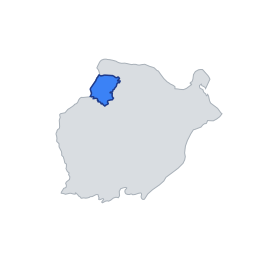 Suceava highlighted on a map of Romania, rotated 311°
{"feature_id": "ROU-311", "entity_name": "Suceava", "entity_type": "County", "adm_level": 1, "iso_a3": "ROU", "parent_name": "Romania", "parent_adm1": "", "projection": "albers", "projection_center": [25.683, 47.513], "detail": "fine", "context": "in_parent", "style": "filled", "palette": "blue", "viewbox_px": 256, "rotation_deg": 311, "n_neighbors": 0, "source": "natural_earth", "source_scale": "10m", "svg_char_len": 5131}
<svg xmlns="http://www.w3.org/2000/svg" viewBox="0 0 256 256"><g transform="rotate(311 128 128)"><path d="M191.2,141.8L193.4,144.7L196.1,146.1L202.3,147.5L202.8,147.3L202.9,147.0L202.4,146.6L202.4,146.1L202.6,145.4L203.5,145.3L204.9,145.9L207.5,144.9L211.3,142.4L214.8,141.8L218.1,143.0L219.9,144.5L221.0,145.9L220.8,147.8L220.6,149.0L220.0,153.9L219.5,155.7L218.6,157.8L208.6,160.7L209.2,159.5L208.9,157.5L208.4,156.0L209.2,154.5L206.9,154.1L206.0,154.9L205.3,156.3L206.1,159.3L205.0,161.1L204.6,162.0L204.7,164.3L204.1,165.2L204.0,166.3L205.6,166.0L204.9,167.9L202.0,171.8L201.0,174.0L201.6,182.8L200.4,188.0L200.4,189.6L197.1,189.8L196.1,189.7L192.9,189.0L189.4,187.7L187.3,185.1L185.9,183.2L183.0,184.1L182.4,183.9L181.6,183.0L179.3,182.4L176.6,182.5L170.3,179.1L169.6,178.5L164.8,179.2L157.6,181.0L152.0,183.2L146.3,187.1L144.0,190.0L141.3,191.6L137.4,192.7L130.5,192.2L123.4,190.7L115.7,189.0L111.5,189.8L105.9,189.1L97.5,187.0L91.2,186.2L85.0,187.1L83.9,186.2L83.7,185.3L84.0,183.9L84.9,182.8L86.5,182.0L87.3,181.2L87.4,180.3L85.8,178.9L82.4,176.9L81.0,175.6L80.7,175.3L80.6,174.2L80.0,173.4L78.7,172.7L77.7,171.5L77.0,169.9L77.2,168.4L78.3,167.0L79.7,166.4L81.3,166.7L82.0,166.3L81.7,165.3L80.2,164.0L77.4,162.3L74.4,163.0L71.3,166.1L69.1,166.5L67.8,164.3L65.5,162.9L62.2,162.3L60.1,161.4L59.4,160.1L58.0,159.0L54.8,157.8L54.8,156.8L55.4,156.6L56.5,156.6L58.1,156.5L58.3,155.9L58.4,155.4L57.2,154.7L56.0,154.2L55.4,153.7L55.0,153.2L54.9,152.7L55.3,152.3L55.8,152.3L56.3,152.1L56.7,150.9L57.4,150.0L57.9,149.6L57.9,148.9L57.4,148.2L56.8,147.6L55.8,147.2L52.8,146.0L51.3,144.5L50.4,144.4L48.9,143.5L47.4,142.2L46.1,140.3L44.6,139.1L44.3,138.6L44.3,138.2L44.6,137.7L44.6,137.2L44.3,135.4L44.7,133.6L44.7,131.9L44.8,131.2L44.5,130.9L44.2,131.2L43.8,131.5L43.4,131.5L42.4,130.2L41.2,127.6L40.3,126.7L38.5,125.4L37.0,124.3L36.1,122.1L35.0,120.4L35.8,119.8L40.3,119.1L42.3,120.2L43.2,119.9L44.2,119.2L44.7,118.6L44.9,118.0L45.4,117.2L46.9,116.9L50.8,117.6L52.4,116.6L53.1,116.0L53.5,114.7L54.0,113.6L55.4,113.1L55.5,112.1L55.3,111.0L56.3,108.7L56.8,107.7L57.6,107.4L58.6,106.7L60.4,105.2L60.1,103.8L60.5,102.8L62.3,100.4L63.8,98.0L63.8,96.8L64.0,95.8L65.3,94.7L66.6,93.2L68.4,88.6L69.0,87.9L70.1,87.0L70.9,86.2L71.1,83.1L71.9,82.3L73.4,81.3L74.8,79.8L76.0,77.9L77.0,77.1L78.1,76.9L79.4,76.2L80.8,76.0L82.1,76.4L83.0,76.3L84.3,75.4L87.8,72.0L88.3,71.4L89.0,70.9L91.7,69.8L92.4,68.6L93.4,67.6L94.5,67.7L98.3,70.5L102.5,70.4L103.2,70.6L103.5,70.6L104.0,70.9L109.5,72.3L110.3,72.2L110.6,72.1L112.8,73.2L114.8,73.1L116.6,72.4L118.6,72.2L120.4,72.6L121.7,74.2L125.2,77.5L126.2,78.7L127.9,78.6L129.7,78.0L131.5,75.8L137.1,73.3L141.3,72.7L145.5,71.7L150.3,71.0L151.6,69.0L152.4,67.6L152.9,65.1L155.5,64.3L157.9,63.7L158.8,63.4L160.5,63.3L161.9,63.5L164.1,64.7L165.6,66.3L166.2,67.5L167.5,69.3L168.9,71.7L170.5,75.0L170.8,76.7L171.4,78.5L172.6,80.7L174.8,83.0L175.1,83.5L176.1,85.2L178.1,89.0L179.7,90.4L181.1,92.1L181.8,93.7L182.8,95.2L185.2,97.1L187.1,98.9L188.8,104.1L189.9,106.5L190.6,108.3L190.4,112.1L190.9,113.6L190.1,116.6L188.8,122.5L188.5,127.2L188.9,129.7L189.0,131.3L189.4,132.4L189.9,134.5L190.0,136.3L189.4,136.9L188.7,137.3L188.4,137.7L189.1,138.6L190.2,140.1L191.2,141.8Z" fill="#d9dde1" stroke="#a8b0b8" stroke-width="1"/><path d="M146.5,71.8L147.7,71.5L149.1,71.4L149.4,73.1L149.6,73.5L149.9,73.7L150.4,74.0L151.1,74.7L152.1,75.2L152.6,75.7L154.7,78.4L155.1,79.0L156.4,80.6L156.6,81.0L157.2,81.6L157.4,82.0L157.6,82.6L157.9,84.0L157.9,84.4L157.9,84.8L157.9,85.1L157.9,85.4L158.1,85.7L158.5,86.4L158.8,86.6L159.0,86.8L159.8,86.9L160.1,87.3L160.1,87.5L160.1,87.8L159.9,88.3L159.9,88.7L159.8,89.0L159.6,89.1L159.2,89.2L157.2,89.0L156.9,89.1L156.8,89.3L157.0,89.8L158.2,90.9L158.3,91.1L158.2,91.3L156.5,91.8L155.8,91.0L155.5,90.8L155.2,90.7L154.8,90.6L154.4,90.6L154.0,90.7L152.2,91.6L151.5,91.8L149.4,91.8L148.4,92.1L148.0,92.1L147.7,92.0L147.5,91.8L147.2,91.7L146.9,91.7L145.5,92.4L145.2,92.5L144.9,92.4L144.7,92.3L143.8,91.4L143.6,91.3L143.3,91.2L143.1,91.2L143.0,91.3L142.9,91.4L143.0,91.6L143.3,92.1L143.7,92.5L143.8,92.7L143.9,92.9L143.8,93.2L143.7,93.5L143.4,93.8L142.6,94.2L142.3,94.5L141.5,95.5L141.2,96.0L141.0,96.8L141.0,97.4L140.0,97.5L139.7,97.6L139.3,97.7L139.0,97.6L138.7,97.4L138.5,97.2L138.3,96.9L138.1,96.7L135.9,95.2L135.6,95.1L135.3,95.0L134.8,95.1L134.4,95.3L134.1,95.5L133.9,95.8L133.9,96.1L133.8,96.4L133.8,96.6L133.7,96.8L133.5,97.0L133.3,97.1L133.0,97.1L132.7,97.1L132.0,96.8L131.2,96.4L129.4,96.1L129.3,94.1L129.5,93.3L129.5,93.0L129.6,92.5L129.6,92.4L129.3,92.3L129.1,92.3L128.9,92.3L128.7,92.0L128.7,91.7L128.9,91.3L129.1,90.9L129.3,90.4L129.3,90.1L129.2,89.8L128.9,89.3L128.8,89.1L128.4,88.6L128.3,88.3L128.2,88.1L128.3,87.9L128.5,87.8L128.8,87.8L129.0,87.8L129.1,87.7L129.2,87.4L129.1,87.1L128.9,86.8L128.9,86.7L129.1,86.6L129.3,86.5L129.6,86.3L129.8,86.1L129.9,85.7L129.9,85.4L129.8,85.1L129.6,84.6L129.1,84.0L127.6,82.8L127.4,82.5L128.5,82.2L128.9,81.7L128.8,81.4L128.7,81.1L127.8,80.3L127.4,79.6L127.2,78.8L128.6,78.5L129.8,78.0L130.6,77.3L132.4,74.2L133.3,73.7L142.5,72.7L143.8,72.2L144.8,72.0L145.3,71.8L145.6,71.7L146.5,71.8Z" fill="#3b82f6" stroke="#1e3a8a" stroke-width="1.5"/></g></svg>